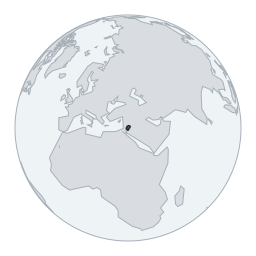 Ma`an highlighted on a globe, orthographic projection, rotated 336°
{"feature_id": "JOR-853", "entity_name": "Ma`an", "entity_type": "Province", "adm_level": 1, "iso_a3": "JOR", "parent_name": "Jordan", "parent_adm1": "", "projection": "orthographic", "projection_center": [36.363, 30.219], "detail": "fine", "context": "on_globe", "style": "filled", "palette": "slate", "viewbox_px": 256, "rotation_deg": 336, "n_neighbors": 0, "source": "natural_earth", "source_scale": "10m", "svg_char_len": 10289}
<svg xmlns="http://www.w3.org/2000/svg" viewBox="0 0 256 256"><g transform="rotate(336 128 128)"><circle cx="128" cy="128" r="113" fill="#eef3f6" stroke="#a8b0b8"/><path d="M125.1,15.4L131.3,15.4L134.9,15.6L135.8,15.6L134.6,15.6L138.1,15.8L143.7,16.5L146.4,16.9L146.2,16.9L148.5,17.3L147.8,17.4L142.7,16.7L142.1,16.9L145.7,17.4L147.2,18.1L142.1,17.2L144.3,18.3L136.1,18.1L123.0,16.9L117.9,18.0L103.3,20.2L104.2,20.5L99.2,22.0L98.4,23.0L95.9,23.4L97.4,23.9L99.9,23.4L101.3,23.5L101.1,24.1L97.9,24.6L97.5,24.4L96.5,24.9L95.0,25.0L95.6,25.3L91.7,26.1L95.1,26.3L91.7,27.8L89.2,28.1L90.1,26.7L86.4,25.0L84.2,25.4L80.2,27.0L71.5,32.6L68.8,33.8L64.7,36.4L65.9,36.2L69.5,34.1L70.8,34.6L75.1,32.4L76.2,32.4L80.4,30.9L79.1,32.7L75.6,35.3L72.1,36.7L70.4,38.0L73.3,38.1L66.2,42.5L60.7,48.7L58.9,49.9L56.4,49.1L57.7,45.2L54.5,45.4L55.9,47.0L51.5,50.3L50.5,51.7L50.3,52.7L51.7,52.2L50.1,53.8L48.1,52.6L49.5,51.0L50.2,51.4L50.7,49.7L49.3,49.4L47.2,51.4L47.3,49.8L45.8,51.3L45.0,52.0L47.4,49.6L43.1,54.1L42.9,54.2L48.8,48.0L55.0,42.2L61.7,36.9L68.7,32.2L76.1,28.0L83.8,24.4L91.8,21.3L99.9,18.9L108.2,17.1L116.6,15.9L125.1,15.4ZM16.2,114.4L15.8,123.2L15.6,128.7L15.5,130.5L15.8,133.4L15.8,135.1L18.7,146.2L21.6,155.1L22.5,161.0L22.0,164.2L25.5,174.8L22.2,166.6L19.5,158.2L17.5,149.6L16.1,140.9L15.4,132.1L15.5,123.2L16.2,114.4ZM148.9,17.4L149.8,17.5L150.6,17.8L148.9,17.4ZM80.8,30.1L80.6,30.5L79.9,30.5L80.8,30.1ZM82.8,29.1L82.2,28.9L83.0,28.5L83.4,28.6L82.8,29.1ZM150.3,18.1L151.4,18.6L149.4,18.0L150.3,18.1ZM83.4,29.5L84.7,27.7L86.2,26.9L88.9,26.8L83.4,29.5ZM151.5,18.8L154.2,20.2L156.2,20.5L152.0,20.8L151.1,19.3L148.3,18.4L150.6,18.8L151.5,18.8ZM100.7,22.9L98.2,23.5L100.5,22.5L100.7,22.9ZM101.9,22.3L107.2,19.5L110.9,19.1L108.4,20.0L113.4,19.3L112.6,20.5L109.7,21.1L107.4,21.1L108.8,21.6L101.9,22.3ZM149.2,20.8L149.1,21.2L148.2,20.7L149.2,20.8ZM102.1,23.4L102.8,22.8L106.1,22.4L105.2,23.6L104.5,23.3L102.1,23.4ZM115.1,18.7L117.3,18.7L117.3,19.6L118.2,19.8L112.9,20.5L115.1,18.7ZM103.6,23.7L104.7,24.2L102.9,25.0L101.6,24.0L103.6,23.7ZM107.3,21.8L108.8,21.8L107.7,22.2L107.3,21.8ZM97.3,28.6L98.1,27.6L99.9,27.3L97.3,28.6ZM105.3,24.4L105.9,24.1L106.6,23.9L107.0,24.4L105.3,24.4ZM113.3,21.1L112.8,21.6L115.4,20.9L115.5,21.7L112.0,22.1L113.6,22.2L113.6,22.5L110.6,22.6L113.3,21.1ZM109.7,24.5L105.2,25.5L103.3,27.2L101.7,27.5L105.0,24.8L109.7,24.5ZM110.5,23.3L109.7,24.1L108.1,24.0L107.7,23.4L110.5,23.3ZM116.9,22.2L117.7,20.8L118.4,20.8L116.9,22.2ZM109.5,25.0L110.6,24.7L109.5,25.1L109.5,25.0ZM115.0,23.0L115.1,22.5L116.0,22.5L115.0,23.0ZM112.6,24.8L111.2,25.0L110.9,24.6L112.6,24.8ZM114.0,24.0L115.1,24.1L111.6,24.3L113.9,23.7L114.0,24.0ZM115.8,23.1L116.3,22.9L115.6,23.3L115.8,23.1ZM114.7,26.4L110.4,26.8L109.7,25.7L113.9,25.5L114.7,26.4ZM44.8,154.0L39.9,135.5L43.1,130.5L44.2,123.1L66.5,105.1L70.6,108.2L87.6,109.2L89.6,110.6L86.9,116.2L99.1,125.7L103.8,121.3L115.5,126.3L123.6,126.5L127.7,115.4L114.3,114.8L112.6,109.2L123.8,104.9L135.6,105.7L135.4,103.6L128.4,98.8L131.7,94.9L126.1,96.8L128.0,99.0L124.5,100.4L122.6,98.5L123.8,97.2L120.4,96.1L115.5,103.4L116.8,106.5L107.6,107.1L109.0,112.4L106.3,114.5L102.9,106.5L103.7,103.7L97.0,94.7L95.4,97.5L101.6,106.4L99.4,105.5L97.3,110.0L97.2,105.9L90.8,95.9L82.9,96.2L71.7,105.4L67.3,105.1L64.0,101.5L69.0,90.5L78.4,92.6L80.3,89.2L79.3,83.2L82.2,84.5L82.9,82.4L86.6,83.1L92.5,79.2L96.3,79.4L99.5,73.5L101.8,73.0L99.3,76.5L99.6,79.3L109.2,80.4L111.3,79.3L112.5,75.5L115.0,76.5L115.0,72.7L120.9,71.8L113.7,69.9L115.0,65.8L119.0,63.1L118.1,61.6L111.6,66.1L110.2,68.3L111.0,70.6L106.0,76.8L102.6,77.5L102.9,70.0L98.0,70.3L100.4,64.8L116.5,55.3L122.8,54.0L131.5,59.8L129.6,62.1L125.5,61.1L128.6,65.6L128.7,63.5L130.7,64.5L132.5,61.3L134.0,61.8L133.1,58.0L135.2,58.3L135.7,60.7L140.1,56.7L144.7,56.8L144.9,55.7L143.9,54.4L150.4,55.6L150.3,54.7L148.1,54.0L146.5,51.9L146.2,48.7L148.4,49.2L148.8,50.5L153.1,54.1L153.9,57.5L154.8,57.5L154.6,54.7L149.4,50.2L148.6,48.1L151.4,49.9L150.3,49.1L150.6,48.3L153.0,48.1L150.1,46.1L150.3,37.4L154.9,36.6L157.4,38.9L159.9,34.5L164.9,34.5L162.9,33.7L162.8,31.5L161.2,31.4L160.2,30.9L159.1,26.0L160.6,25.6L157.8,23.2L156.8,22.9L155.5,23.1L152.0,20.8L156.2,20.5L158.4,21.2L159.6,20.8L164.3,22.6L168.7,24.1L173.1,26.6L176.2,27.8L176.3,27.6L180.6,29.3L189.1,34.3L181.7,31.3L168.9,25.5L174.1,27.8L172.7,27.7L174.5,28.8L178.2,30.6L178.7,30.5L183.7,36.6L192.3,43.5L192.1,41.3L194.6,42.1L204.1,49.6L214.6,64.9L218.1,67.3L220.1,69.8L221.0,72.9L218.1,69.2L216.6,69.2L214.8,66.8L215.3,71.0L212.8,67.7L214.4,72.8L216.7,74.7L217.2,72.0L219.6,78.1L223.6,80.6L226.9,86.0L230.1,99.8L229.0,106.7L229.6,108.7L227.6,108.1L227.3,113.8L232.8,121.5L233.4,124.7L231.8,133.7L231.4,131.5L226.3,129.8L226.9,137.9L230.9,141.0L232.3,147.2L230.0,147.2L228.4,142.0L226.5,141.2L225.8,134.4L222.1,126.1L219.6,130.1L218.7,126.1L213.1,120.3L209.0,125.8L203.2,140.6L204.3,151.0L201.4,156.8L193.4,144.6L190.1,135.1L187.0,137.2L178.9,130.6L164.4,133.4L162.5,131.0L159.7,132.8L154.0,130.9L151.2,126.7L147.6,127.5L155.4,138.3L159.2,137.5L162.5,132.4L163.9,136.5L169.5,139.2L162.9,150.4L141.6,161.6L139.8,153.9L125.0,132.2L125.6,129.7L125.5,129.4L125.4,128.9L123.7,133.0L121.3,128.6L128.9,144.1L130.1,150.6L141.3,162.1L140.2,163.4L143.9,165.5L156.0,161.3L156.1,163.9L150.2,176.3L133.6,192.4L135.9,201.7L135.0,209.3L125.1,214.3L126.4,219.5L121.3,221.2L121.3,223.9L117.4,226.6L110.8,228.6L99.2,227.3L98.1,224.9L91.8,219.4L82.9,205.3L85.4,199.4L84.3,194.0L75.9,180.1L77.7,173.4L75.5,169.8L71.0,169.5L68.6,165.1L65.9,164.3L49.5,161.0L44.8,154.0ZM58.2,116.1L57.4,118.3L58.2,116.1ZM147.8,112.4L155.1,112.2L152.3,105.4L154.8,104.8L152.9,102.9L152.0,104.9L147.5,99.4L150.8,97.1L150.1,94.1L147.6,94.1L142.4,99.4L148.8,107.1L147.0,110.1L147.8,112.4ZM51.6,50.4L51.7,50.5L51.2,51.8L50.7,51.7L51.6,50.4ZM53.4,55.0L50.7,57.6L52.3,55.5L51.1,55.8L52.9,52.0L58.1,50.3L55.4,51.6L53.4,55.0ZM56.8,46.8L55.0,49.2L56.7,46.7L56.8,46.8ZM83.3,71.5L84.3,73.1L82.5,75.2L77.6,75.7L80.2,72.6L83.3,71.5ZM86.0,75.1L87.7,68.0L90.8,67.7L88.8,69.0L90.7,69.5L87.9,71.8L89.2,78.8L87.7,81.1L79.6,80.2L83.1,79.1L81.9,77.4L86.0,75.1ZM86.7,53.1L87.4,50.8L93.1,53.1L91.7,55.0L86.8,55.4L85.6,53.3L86.7,53.1ZM87.8,30.1L87.8,29.6L88.6,29.4L89.4,29.6L87.8,30.1ZM97.5,28.2L89.1,32.4L88.5,31.9L84.2,35.3L81.2,35.5L84.1,33.2L78.5,36.1L79.9,34.2L76.3,36.3L83.1,31.3L84.1,29.8L84.1,31.3L86.9,31.1L88.4,30.6L93.5,28.2L97.1,25.4L100.4,25.0L101.8,25.5L101.4,26.1L99.4,26.1L100.3,26.9L97.1,27.4L97.5,28.2ZM116.0,35.3L113.8,34.4L115.2,37.5L112.0,37.4L112.4,37.8L109.8,38.7L107.3,40.5L105.9,40.2L105.5,41.1L103.8,41.8L102.8,42.9L100.0,42.9L98.6,44.4L98.1,43.6L96.3,46.1L96.4,44.2L94.1,45.2L95.3,46.5L82.6,45.1L77.2,46.4L72.7,48.7L73.4,45.6L78.0,41.7L84.3,38.2L89.4,37.5L88.8,36.4L91.0,35.8L90.6,36.9L92.6,34.9L94.3,34.8L99.9,32.5L101.8,30.0L103.9,29.3L104.0,30.2L106.0,28.8L107.7,30.1L109.3,29.7L112.5,30.7L111.9,33.0L113.7,32.3L116.2,33.3L116.0,35.3ZM115.5,26.7L115.5,29.1L113.7,30.4L108.8,28.2L107.2,28.4L104.0,27.4L106.6,25.6L107.3,26.0L108.6,26.1L107.2,26.6L109.3,26.2L110.2,26.9L112.1,26.8L111.6,27.6L115.5,26.7ZM92.3,108.7L93.9,109.2L96.5,109.4L95.2,112.3L92.3,108.7ZM87.8,101.9L89.3,101.8L88.8,105.8L87.1,105.4L87.8,101.9ZM90.6,98.6L89.5,101.5L89.1,99.7L90.6,98.6ZM100.8,76.3L102.5,76.1L102.5,77.0L101.3,78.3L100.8,76.3ZM119.5,45.4L118.5,44.5L119.2,44.1L119.2,41.4L121.5,41.4L122.5,43.0L119.5,45.4ZM125.1,117.3L122.5,119.4L121.4,118.3L122.5,117.8L125.1,117.3ZM107.9,116.1L111.7,117.9L107.6,116.9L107.9,116.1ZM122.1,45.0L121.9,43.8L123.2,44.5L122.1,45.0ZM123.3,41.2L125.0,41.8L121.8,41.1L123.3,41.2ZM168.1,232.6L168.6,232.7L167.0,233.2L168.1,232.6ZM154.5,206.6L147.0,219.6L141.6,220.0L140.5,216.7L143.2,209.1L149.4,206.3L152.5,202.4L154.5,206.6ZM238.3,150.9L238.2,151.4L238.4,150.4L238.3,150.9ZM238.0,151.4L238.5,149.8L237.7,152.6L238.0,151.4ZM238.9,147.8L238.6,149.2L238.9,147.4L238.9,147.8ZM237.5,152.5L234.1,158.6L232.4,159.8L233.1,157.6L235.8,154.1L237.5,152.5ZM232.9,157.7L230.0,156.7L224.0,147.8L226.2,146.4L232.0,149.5L231.7,151.3L233.5,152.8L232.9,157.7ZM239.0,140.2L238.6,144.8L237.0,147.9L236.1,148.7L235.5,144.3L235.8,140.9L236.6,139.7L238.4,125.3L239.3,125.9L239.1,131.4L239.7,133.7L239.0,140.2ZM204.8,151.7L207.5,156.7L205.8,158.5L204.8,151.7ZM238.0,116.6L238.0,122.8L237.6,115.4L238.0,116.6ZM237.1,110.4L237.7,112.3L236.9,111.1L237.1,110.4ZM230.6,111.7L229.8,113.5L229.2,112.0L229.9,108.9L230.6,111.7ZM229.5,90.8L231.4,95.0L232.0,96.7L230.6,94.8L229.5,90.8ZM142.1,44.9L139.5,48.5L139.1,51.5L141.4,53.6L137.1,52.3L137.6,47.7L142.1,44.9ZM149.0,38.2L147.0,36.7L148.6,36.5L149.3,36.9L149.0,38.2ZM147.3,37.8L143.4,37.5L142.8,36.2L145.9,36.6L147.3,37.8ZM132.8,40.8L131.8,41.8L130.7,41.1L132.8,40.8ZM240.0,133.7L240.1,135.8L240.5,132.0L240.2,136.0L240.1,139.1L239.9,141.2L240.0,137.8L239.5,143.2L239.3,144.0L239.5,140.2L239.9,134.2L240.1,131.2L240.6,126.7L240.0,133.7ZM240.1,119.5L239.5,117.4L239.4,120.2L239.0,112.4L239.8,115.6L240.1,119.5ZM238.7,112.9L238.8,115.5L238.4,111.3L238.7,112.9ZM238.5,114.6L237.9,112.3L238.2,111.6L238.5,114.6ZM238.8,112.4L237.9,108.0L238.5,109.9L238.8,112.4ZM236.3,107.2L237.9,109.1L236.8,110.2L234.3,102.4L234.6,101.0L236.3,107.2ZM222.1,69.9L220.7,68.1L220.2,66.6L221.4,68.2L222.1,69.9ZM217.4,60.9L219.7,65.7L221.2,69.9L221.9,70.1L224.2,74.2L222.0,72.1L219.2,66.5L218.5,64.0L216.1,60.9L214.2,57.7L211.2,54.6L209.6,52.6L212.1,54.7L217.4,60.9ZM209.9,53.4L204.0,47.8L204.1,46.8L205.5,47.7L208.1,50.7L207.9,51.1L209.9,53.4ZM202.6,46.2L202.3,46.6L192.9,41.0L191.0,39.6L198.2,42.9L198.3,43.5L200.6,45.2L202.6,46.2ZM150.3,21.4L149.2,21.2L149.9,21.1L150.3,21.4ZM159.3,31.0L158.1,30.2L159.1,30.0L159.3,31.0ZM155.3,28.2L155.1,29.0L154.4,27.9L155.3,28.2ZM154.8,30.9L154.6,29.2L156.2,31.2L154.8,30.9Z" fill="#d9dde1" stroke="#a8b0b8" stroke-width="1"/><path d="M129.4,126.0L129.7,126.2L129.9,126.4L129.9,126.5L130.1,126.7L130.3,126.9L130.5,127.1L130.7,127.3L130.6,127.5L130.4,127.6L130.2,127.7L130.2,127.8L130.0,128.1L129.9,128.4L129.7,128.5L129.2,128.6L128.8,128.7L128.7,128.7L128.6,128.8L128.4,129.1L128.2,129.4L128.1,129.5L127.9,129.7L127.7,129.8L127.5,130.0L127.4,130.0L127.2,130.0L126.9,129.9L126.8,129.3L126.7,128.8L126.6,128.6L126.4,128.5L126.2,128.5L126.2,128.4L126.2,128.2L126.3,128.0L126.3,127.7L126.4,127.4L126.5,127.2L126.8,127.2L127.0,127.2L127.3,127.1L127.4,126.9L127.6,126.6L127.7,126.3L127.7,126.2L129.4,126.0Z" fill="#64748b" stroke="#1e293b" stroke-width="1.5"/></g></svg>